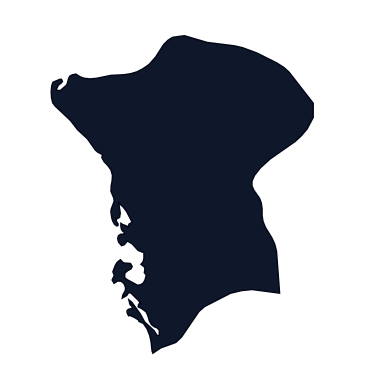 the border of Phú Yên, rotated 174°
{"feature_id": "VNM-482", "entity_name": "Phú Yên", "entity_type": "Province", "adm_level": 1, "iso_a3": "VNM", "parent_name": "Vietnam", "parent_adm1": "", "projection": "orthographic", "projection_center": [109.224, 13.226], "detail": "fine", "context": "isolated", "style": "filled", "palette": "ink", "viewbox_px": 384, "rotation_deg": 174, "n_neighbors": 0, "source": "natural_earth", "source_scale": "10m", "svg_char_len": 2568}
<svg xmlns="http://www.w3.org/2000/svg" viewBox="0 0 384 384"><g transform="rotate(174 192 192)"><path d="M247.7,35.8L248.3,38.1L248.3,47.3L249.0,53.8L251.0,60.8L254.1,66.5L258.2,68.8L258.4,70.2L262.2,73.2L266.5,75.7L268.0,75.6L269.1,78.6L269.0,80.8L267.3,82.0L263.6,82.3L263.6,84.6L265.0,86.0L265.5,87.0L266.0,91.3L263.3,88.5L256.1,75.9L252.8,67.8L244.1,57.8L241.7,52.8L239.4,52.8L239.0,58.1L240.8,60.5L243.5,61.9L246.1,64.3L247.7,67.9L249.0,74.4L250.3,77.8L254.5,81.6L257.4,83.3L257.1,85.3L255.8,86.8L254.7,86.6L256.9,90.2L263.6,98.3L266.0,98.3L267.2,96.5L268.4,95.6L272.4,93.8L271.4,97.0L268.6,100.9L268.0,103.8L269.1,108.0L271.8,110.7L275.4,111.3L279.0,109.4L280.6,112.8L277.9,117.2L279.0,120.9L275.9,127.0L273.8,129.8L270.3,132.1L267.6,128.6L260.7,127.3L259.3,124.1L260.8,121.9L264.2,120.5L267.3,118.4L268.0,114.1L266.1,111.9L255.9,104.9L252.8,105.1L250.3,106.3L248.1,109.0L246.1,114.1L247.8,116.8L247.0,119.4L246.9,122.2L250.3,125.4L247.8,127.8L246.7,131.1L246.1,136.7L251.6,139.5L257.1,147.0L261.5,150.0L265.0,146.6L267.7,146.1L270.3,150.0L270.7,153.7L269.7,156.2L267.3,157.4L263.7,157.2L263.7,159.2L265.3,160.7L266.1,162.6L266.3,165.0L266.0,168.2L264.5,167.0L260.9,165.2L259.3,163.9L257.8,166.8L257.1,167.0L254.7,168.2L259.1,179.6L262.0,184.3L266.0,188.7L265.6,178.4L266.7,174.4L270.3,172.8L270.3,170.7L268.9,168.2L269.1,166.4L270.5,166.2L272.5,168.2L273.7,171.1L274.4,174.2L274.7,181.0L274.0,183.5L270.3,191.0L270.4,194.3L272.5,201.2L271.7,206.5L270.2,211.6L269.3,216.8L270.3,222.6L272.9,227.1L276.1,231.2L278.0,235.6L277.1,238.6L281.2,241.2L283.8,244.0L290.5,256.0L299.0,265.6L305.4,275.9L318.9,291.6L321.1,295.2L321.8,300.3L321.5,306.5L320.4,312.1L318.9,315.5L317.4,316.1L311.7,317.8L310.1,317.7L309.3,315.4L311.0,313.8L313.3,312.6L314.5,311.1L315.2,309.8L316.3,308.4L315.9,307.3L312.5,306.6L305.7,311.2L304.7,312.9L302.7,318.0L301.3,320.0L298.6,321.1L295.8,321.2L295.2,321.4L291.2,318.2L287.6,316.4L281.7,315.1L275.1,315.0L260.6,316.4L247.3,315.7L240.7,316.0L234.3,317.2L227.8,319.7L221.2,323.4L214.0,330.0L204.7,341.6L199.8,345.5L195.1,347.8L183.3,348.2L161.2,339.1L134.6,332.9L126.7,330.2L112.6,323.2L93.9,311.2L87.3,305.9L82.9,300.9L62.2,267.6L63.7,253.5L70.9,242.8L77.2,236.7L84.2,231.5L111.1,216.6L121.6,208.8L128.0,202.2L131.2,196.7L131.8,192.0L130.4,187.4L125.5,178.6L124.3,173.8L124.1,167.9L124.8,161.2L124.5,155.3L122.8,149.3L117.3,137.7L115.2,131.4L114.2,124.2L115.5,82.3L142.5,88.8L153.4,88.8L164.4,87.3L191.5,76.8L197.5,72.6L217.7,48.8L223.9,44.1L239.4,40.3L246.8,36.3L247.7,35.8Z" fill="#0f172a" stroke="#020617" stroke-width="1.5"/></g></svg>